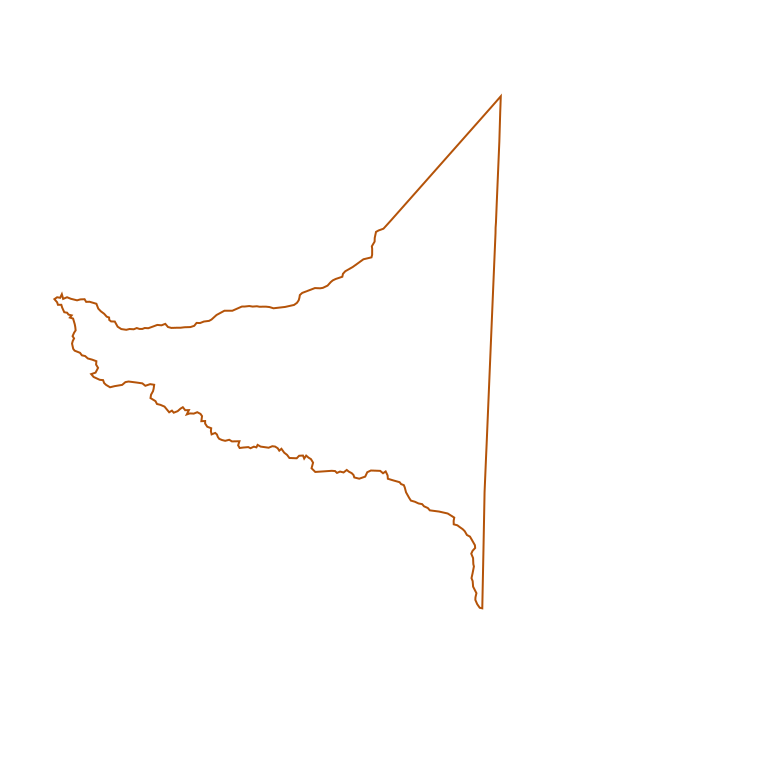 outline of Novo Planalto, Goiás, Brazil, rotated 59°
{"feature_id": "56859067B70004024214037", "entity_name": "Novo Planalto", "entity_type": "district", "adm_level": 2, "iso_a3": "BRA", "parent_name": "Brazil", "parent_adm1": "Goiás", "projection": "natural_earth1", "projection_center": [-49.753, -13.241], "detail": "fine", "context": "isolated", "style": "outline", "palette": "amber", "viewbox_px": 768, "rotation_deg": 59, "n_neighbors": 0, "source": "geoboundaries", "source_scale": "gbopen_adm2", "svg_char_len": 3501}
<svg xmlns="http://www.w3.org/2000/svg" viewBox="0 0 768 768"><g transform="rotate(59 384 384)"><path d="M197.5,135.7L201.5,148.1L236.9,260.5L247.9,295.5L250.6,304.5L249.6,309.6L249.5,312.5L254.0,316.7L257.1,318.7L259.7,323.5L262.0,324.5L267.1,327.6L269.0,329.5L266.5,337.4L267.6,350.5L267.4,359.1L268.4,362.4L270.6,364.5L269.1,371.3L268.8,374.5L269.2,377.1L270.6,381.7L270.1,386.9L269.1,389.4L266.2,393.8L263.8,407.2L264.4,410.3L266.5,412.1L268.3,414.0L269.6,416.8L269.9,420.4L267.0,429.1L263.5,436.8L262.2,439.7L259.0,442.6L256.8,445.5L253.6,451.0L251.9,452.9L250.0,456.7L247.8,459.3L246.0,463.2L244.4,466.0L243.1,476.2L239.0,483.1L238.6,492.0L239.9,498.6L239.8,501.4L237.7,506.2L237.0,510.3L235.1,513.2L236.4,516.7L235.5,520.6L232.6,525.8L230.9,529.6L229.3,532.2L226.4,537.4L223.9,539.8L219.8,540.5L219.1,544.5L216.6,547.9L215.9,551.7L214.8,557.3L212.8,560.2L212.3,562.9L210.8,565.3L208.7,567.1L208.2,570.3L205.8,573.8L204.8,577.0L201.6,580.9L197.7,582.8L191.8,582.6L189.8,585.7L187.6,586.5L185.4,585.4L183.5,587.0L179.7,587.7L175.8,589.3L172.2,590.1L167.1,589.2L161.8,594.1L160.2,597.0L157.1,597.0L155.1,600.7L154.2,604.0L149.7,608.5L146.4,611.0L145.8,615.2L141.1,613.9L143.3,617.2L141.3,619.5L141.5,622.8L145.6,622.1L148.2,622.7L149.9,619.8L152.7,620.5L157.8,621.1L159.7,618.9L162.0,618.7L164.3,616.4L165.3,619.0L167.8,616.8L173.5,618.3L176.2,619.3L179.2,620.7L180.4,623.2L182.6,626.3L185.3,626.2L186.8,628.6L188.7,630.6L193.8,632.3L196.1,632.0L200.7,628.5L203.8,628.2L206.1,625.8L209.6,624.7L212.6,621.8L216.3,618.8L219.1,620.8L222.9,620.8L225.7,625.4L224.7,629.9L228.4,629.3L234.0,625.5L236.0,622.8L239.0,623.4L241.6,622.7L245.7,620.5L247.1,616.0L249.9,608.9L249.2,604.7L250.3,601.7L255.1,595.6L259.0,590.8L262.6,589.5L263.7,584.5L266.3,581.4L269.4,583.9L271.2,585.7L273.2,589.2L275.8,591.4L281.0,588.7L284.2,588.9L286.7,586.4L290.3,583.8L297.6,582.7L297.6,579.5L300.3,579.0L301.0,574.9L300.3,571.1L300.3,568.4L304.1,567.9L305.9,564.7L308.5,568.7L309.2,565.6L311.4,562.3L312.0,558.6L315.1,556.7L317.8,556.5L321.8,559.7L323.6,556.4L325.8,557.7L329.6,557.5L332.9,554.9L335.3,556.7L338.4,557.7L339.0,553.9L341.2,553.2L343.9,553.7L346.1,553.5L348.6,551.7L350.9,549.4L352.1,545.4L354.9,543.9L358.6,537.4L361.4,540.6L364.5,540.7L366.0,537.3L368.2,532.8L370.3,531.5L370.7,527.8L372.6,526.0L371.1,523.7L374.1,522.0L379.2,515.7L379.8,511.8L381.5,509.6L384.3,508.2L387.2,508.1L386.7,505.3L391.5,504.9L394.8,503.6L398.7,503.2L402.7,497.1L401.8,493.7L403.6,490.3L406.8,490.8L405.3,487.6L408.3,486.6L410.8,485.3L414.9,485.3L418.9,489.5L424.0,488.2L431.5,473.5L433.4,470.8L436.0,470.1L436.4,466.8L439.0,464.2L438.5,460.2L441.0,459.3L443.8,457.6L446.3,457.0L448.8,457.6L452.4,454.0L453.7,447.8L451.0,443.8L451.4,439.8L456.5,432.0L460.0,430.8L459.8,427.6L464.2,428.0L467.2,429.5L471.3,425.8L476.2,421.2L478.6,420.9L480.9,419.1L483.4,419.5L488.2,420.9L494.6,421.1L497.8,421.0L500.8,418.2L504.2,415.9L506.6,413.2L509.4,412.7L512.9,410.3L515.9,409.8L521.7,402.5L527.8,396.1L534.7,392.6L537.2,394.8L540.2,396.5L542.9,393.9L545.6,392.8L549.0,391.3L551.8,390.6L556.1,390.7L559.1,388.9L569.0,389.1L571.5,390.3L572.6,394.0L574.4,396.6L579.1,397.3L584.4,400.2L586.7,400.9L591.9,405.6L595.5,409.0L598.6,409.5L603.6,412.0L610.9,412.5L614.0,415.5L616.1,416.9L620.7,417.5L625.1,417.2L626.9,415.3L576.8,383.8L528.5,353.5L498.8,333.9L488.1,326.8L460.2,308.4L358.3,241.2L312.1,210.7L307.6,207.9L303.3,204.9L285.8,193.4L235.8,160.4L210.1,143.9L206.9,141.8L197.5,135.7Z" fill="none" stroke="#b45309" stroke-width="2"/></g></svg>